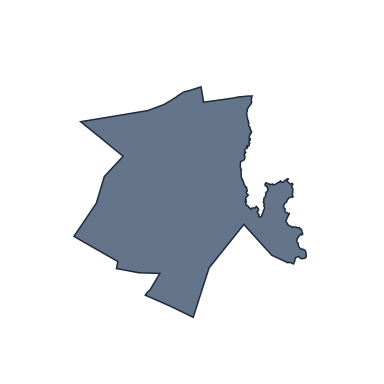 Lefaga & Faleseela, A'ana, Samoa, rotated 208°
{"feature_id": "51752279B23927704068678", "entity_name": "Lefaga & Faleseela", "entity_type": "district", "adm_level": 2, "iso_a3": "WSM", "parent_name": "Samoa", "parent_adm1": "A'ana", "projection": "robinson", "projection_center": [-171.973, -13.928], "detail": "fine", "context": "isolated", "style": "filled", "palette": "slate", "viewbox_px": 384, "rotation_deg": 208, "n_neighbors": 0, "source": "geoboundaries", "source_scale": "gbopen_adm2", "svg_char_len": 4476}
<svg xmlns="http://www.w3.org/2000/svg" viewBox="0 0 384 384"><g transform="rotate(208 192 192)"><path d="M184.9,79.0L182.7,79.1L171.2,80.0L157.3,81.0L132.1,81.9L141.3,133.0L131.0,187.7L126.3,186.0L91.9,173.6L74.2,174.5L74.0,175.0L73.0,175.3L72.5,175.7L70.9,176.1L68.8,176.0L68.5,176.3L68.8,178.8L69.2,180.2L69.5,180.8L69.4,181.9L69.7,182.8L69.1,183.7L68.1,184.3L67.5,184.9L67.0,185.0L65.6,184.4L64.8,184.3L64.0,184.5L61.6,186.1L60.9,187.3L60.7,188.0L60.9,188.7L62.2,191.0L63.7,192.8L64.5,193.4L65.6,193.7L66.1,193.5L67.8,193.5L68.8,192.8L69.7,192.7L70.2,192.9L72.5,194.3L73.2,194.9L73.9,196.0L74.5,196.8L75.6,197.0L76.3,197.4L76.6,198.1L77.2,200.3L76.8,203.4L76.3,205.7L75.3,205.5L74.8,205.7L74.5,206.7L75.0,207.5L76.3,208.6L77.5,210.0L78.0,210.3L79.4,210.3L79.9,210.9L80.5,211.0L81.4,210.3L82.7,209.8L83.6,210.0L84.7,209.4L86.3,208.8L86.8,207.9L88.6,208.1L90.7,207.9L92.5,208.4L93.3,209.2L94.7,209.8L95.4,210.6L95.5,211.1L95.8,213.9L95.9,216.5L95.7,218.4L96.2,218.8L97.3,218.1L98.5,218.3L99.5,217.9L100.2,218.2L101.4,219.5L101.8,220.7L102.1,221.0L103.7,221.1L104.7,223.1L104.8,225.5L104.6,226.1L103.8,227.1L104.0,228.5L104.1,229.5L103.8,231.3L103.4,232.6L101.9,234.3L101.3,234.7L100.8,234.5L100.5,235.1L100.9,235.6L101.6,236.1L102.7,238.0L102.8,239.2L103.7,240.5L104.5,242.2L105.2,242.5L105.9,243.2L106.6,243.6L106.4,245.6L107.0,246.5L108.2,246.4L108.3,245.6L109.1,245.1L110.0,245.3L112.0,245.9L113.1,246.5L113.4,247.4L113.0,248.4L113.2,248.8L114.3,248.0L114.5,247.5L114.3,247.1L114.5,246.2L115.1,246.2L115.5,245.1L115.9,244.7L115.8,244.2L116.7,243.0L117.5,242.6L118.7,243.4L119.0,243.4L119.6,241.8L121.2,239.5L122.2,237.4L123.8,236.6L124.5,236.5L124.7,236.8L125.3,236.0L125.9,235.9L126.4,235.2L126.9,235.1L127.6,235.4L128.5,234.9L129.9,235.1L130.3,234.7L131.1,234.8L131.2,233.7L130.7,232.2L130.2,231.9L129.3,232.1L128.2,232.1L127.6,231.0L126.9,230.9L126.0,229.5L125.8,228.9L126.0,227.4L126.4,226.7L126.4,226.0L126.2,224.9L125.5,224.4L125.1,221.9L125.6,220.6L125.1,218.9L124.5,218.1L124.4,217.2L124.1,217.2L123.9,216.2L122.4,215.1L122.1,213.6L121.8,213.2L120.5,212.4L120.2,210.9L120.2,209.1L119.8,207.8L119.7,206.6L119.4,205.3L119.6,204.7L119.3,203.2L119.4,202.5L120.1,201.9L121.4,201.6L121.9,201.9L122.0,202.9L122.3,203.6L124.6,204.4L125.1,205.0L125.2,205.5L124.6,206.5L124.6,207.0L125.1,208.0L126.7,208.9L127.7,209.3L128.5,209.5L128.7,208.8L128.5,207.7L128.8,207.4L130.5,206.8L131.0,206.2L131.7,205.7L131.6,204.8L131.8,204.4L132.7,204.4L133.9,205.1L134.8,205.1L135.6,205.8L137.1,206.1L137.8,205.7L138.9,206.7L139.4,207.5L139.1,208.2L139.2,208.7L139.7,209.1L140.6,209.0L140.3,210.3L140.7,210.7L141.6,210.8L141.8,212.7L141.2,213.8L141.1,215.0L140.8,215.7L142.1,215.9L143.6,216.8L144.1,218.0L143.7,218.5L143.7,218.8L144.8,220.2L145.5,220.6L145.8,221.5L146.4,221.3L146.9,221.9L147.2,221.7L148.3,222.3L148.4,222.7L149.4,223.0L150.1,223.6L150.2,224.2L151.8,225.2L151.8,225.6L152.9,226.4L153.6,226.6L153.7,227.1L154.1,227.0L154.3,227.4L154.8,227.7L155.7,228.7L157.8,232.3L158.8,233.6L158.7,234.7L159.1,234.8L159.7,235.5L160.3,235.8L161.3,237.1L162.7,239.9L163.2,241.6L162.9,242.2L161.8,243.6L161.6,244.3L160.9,245.0L161.2,245.9L161.2,246.8L161.7,247.1L162.0,248.5L162.8,248.6L163.1,248.9L163.7,250.4L163.2,250.8L163.1,252.2L163.6,252.3L163.6,251.7L164.0,251.5L164.3,252.8L165.1,253.6L165.3,254.7L164.6,256.0L163.9,256.6L163.8,257.1L164.1,257.7L165.0,257.8L165.2,258.7L165.0,259.0L164.0,258.9L163.5,259.4L163.4,260.1L164.0,261.4L164.0,262.3L164.8,262.2L165.7,264.2L165.1,265.0L165.8,265.3L165.3,265.8L165.8,266.5L166.5,266.3L167.6,268.3L167.7,269.0L167.5,270.2L167.9,270.5L167.3,272.1L167.5,272.7L167.9,273.0L168.5,273.9L169.9,274.5L171.1,276.3L172.9,276.9L173.8,278.1L174.1,279.5L175.0,280.2L175.5,281.2L176.5,281.7L177.2,282.5L177.6,283.4L178.1,283.5L178.9,284.4L179.6,285.8L180.0,286.1L180.5,286.9L181.0,288.0L181.2,289.3L181.6,290.3L182.0,290.8L181.9,292.6L182.1,293.9L181.4,296.0L181.3,298.6L181.6,299.5L182.1,300.0L183.0,301.1L183.2,302.5L183.7,303.1L184.0,305.0L184.6,304.5L185.9,304.0L190.1,301.4L192.1,299.9L193.2,299.3L195.8,297.6L199.2,294.7L201.6,293.0L203.4,291.6L207.5,288.6L224.0,276.7L224.1,277.1L233.4,289.1L242.3,280.0L246.0,276.7L246.4,276.2L250.0,269.8L250.6,268.2L251.4,267.0L252.7,264.5L257.9,256.0L269.2,243.2L301.7,218.3L323.3,201.8L298.2,196.9L269.6,191.2L276.7,164.5L271.2,137.0L275.4,97.4L258.1,96.8L224.9,95.8L224.1,93.3L222.8,88.9L201.1,95.7L182.2,105.0L183.1,85.7L184.1,83.4L184.9,79.0Z" fill="#64748b" stroke="#1e293b" stroke-width="1.5"/></g></svg>